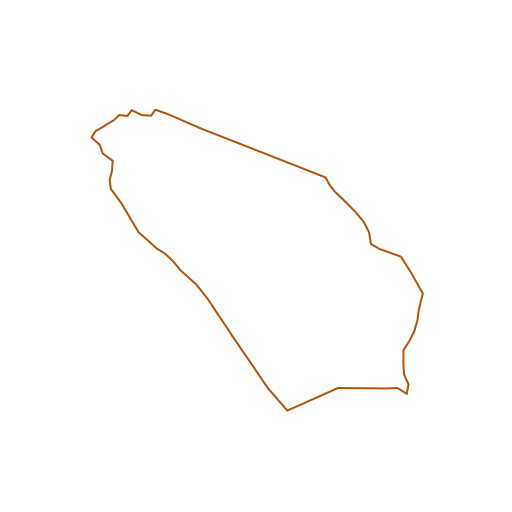 the district of São Miguel de Taipu, Paraíba, Brazil, rotated 127°
{"feature_id": "56859067B70917527090228", "entity_name": "São Miguel de Taipu", "entity_type": "district", "adm_level": 2, "iso_a3": "BRA", "parent_name": "Brazil", "parent_adm1": "Paraíba", "projection": "equal_earth", "projection_center": [-35.197, -7.244], "detail": "fine", "context": "isolated", "style": "outline", "palette": "amber", "viewbox_px": 512, "rotation_deg": 127, "n_neighbors": 0, "source": "geoboundaries", "source_scale": "gbopen_adm2", "svg_char_len": 957}
<svg xmlns="http://www.w3.org/2000/svg" viewBox="0 0 512 512"><g transform="rotate(127 256 256)"><path d="M275.3,52.7L266.7,57.0L261.7,66.2L254.6,72.5L242.6,81.5L231.8,82.4L220.8,84.3L209.7,88.6L201.3,93.4L193.8,96.8L185.6,100.1L176.1,121.8L169.3,139.9L173.6,153.7L176.1,161.9L177.2,171.4L169.3,179.6L164.0,190.2L161.1,202.6L159.0,216.0L157.2,231.5L155.0,239.9L151.4,247.7L171.1,318.6L187.0,375.5L195.9,412.4L199.8,424.4L207.0,424.2L212.2,432.0L214.4,443.0L221.5,443.0L225.8,450.1L233.0,451.2L239.7,454.0L246.4,456.5L252.8,459.3L260.3,458.7L261.3,447.7L266.4,440.0L266.2,427.7L274.6,422.3L283.4,418.6L289.8,412.3L294.8,395.5L299.1,385.0L302.3,377.4L307.7,364.1L309.7,339.7L308.9,330.0L310.0,319.5L312.9,307.4L314.7,286.5L319.3,268.8L325.3,252.0L330.7,236.1L333.9,227.6L339.5,210.8L344.5,196.0L347.8,186.3L350.9,177.4L354.5,166.4L360.6,138.0L345.2,129.4L312.1,111.1L283.4,72.3L276.2,63.4L275.3,52.7Z" fill="none" stroke="#b45309" stroke-width="2"/></g></svg>